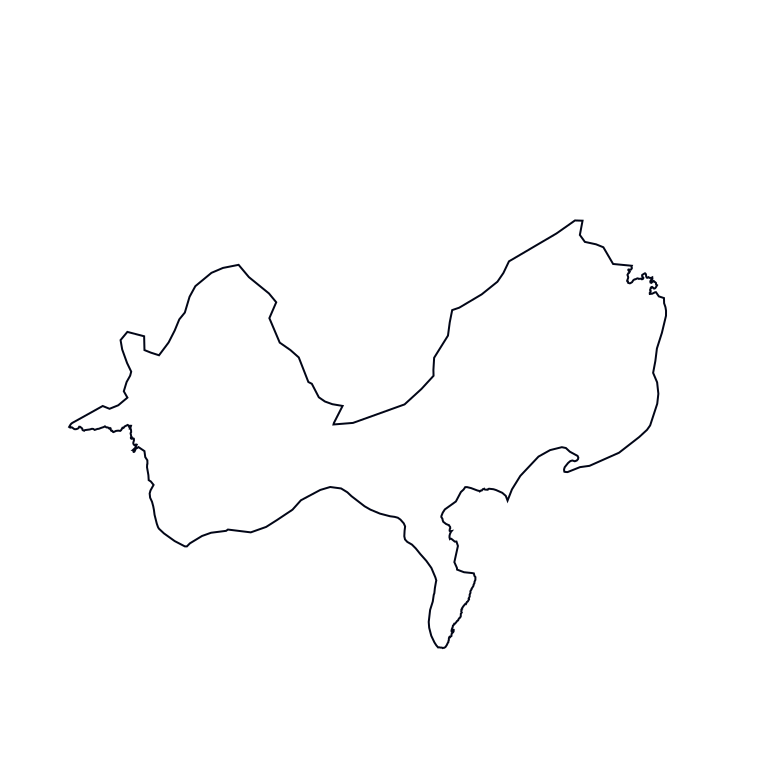 Kabare, Sud-Kivu, Democratic Republic of the Congo (Equal Earth projection), rotated 30°
{"feature_id": "63176286B3160723083670", "entity_name": "Kabare", "entity_type": "district", "adm_level": 2, "iso_a3": "COD", "parent_name": "Democratic Republic of the Congo", "parent_adm1": "Sud-Kivu", "projection": "equal_earth", "projection_center": [28.728, -2.413], "detail": "fine", "context": "isolated", "style": "outline", "palette": "ink", "viewbox_px": 768, "rotation_deg": 30, "n_neighbors": 0, "source": "geoboundaries", "source_scale": "gbopen_adm2", "svg_char_len": 6129}
<svg xmlns="http://www.w3.org/2000/svg" viewBox="0 0 768 768"><g transform="rotate(30 384 384)"><path d="M549.3,423.2L547.5,411.3L548.0,395.4L554.1,369.6L560.9,358.2L569.6,349.8L573.5,348.5L578.8,349.7L587.6,349.5L589.1,350.6L589.6,352.1L589.2,353.9L587.9,355.5L585.3,356.1L583.9,357.6L582.9,360.4L582.1,365.7L582.6,367.9L583.5,369.2L584.1,369.8L585.7,369.2L587.1,368.4L595.3,358.0L602.9,352.1L621.9,326.0L631.5,302.4L634.7,292.2L635.2,286.8L630.5,264.5L626.5,255.3L619.7,246.0L611.5,239.8L607.5,228.4L602.6,216.8L599.1,200.8L594.1,183.9L591.6,179.5L589.3,176.7L586.2,174.0L583.5,169.6L578.2,170.7L573.6,168.5L572.9,169.0L571.2,171.6L569.2,173.1L568.6,172.3L568.6,171.3L568.8,171.2L568.5,170.1L567.8,169.9L567.4,169.5L567.2,168.1L567.4,167.4L567.0,167.3L567.1,166.4L567.6,165.9L568.6,166.0L569.8,166.4L570.5,166.1L570.9,165.5L571.1,164.5L571.1,161.9L569.9,161.8L569.0,160.5L567.7,160.2L566.9,160.4L566.5,160.0L566.0,159.9L565.3,160.9L565.2,162.1L565.0,162.7L564.1,162.9L563.5,162.3L563.3,161.8L563.4,161.7L563.2,160.6L563.8,159.4L563.8,158.6L563.0,157.5L562.4,158.4L561.3,159.2L559.5,159.3L559.3,160.1L558.7,160.5L558.2,160.4L557.2,159.7L556.3,158.4L555.6,157.8L554.7,157.6L554.5,157.8L553.2,160.2L553.1,160.7L554.1,162.1L555.1,162.1L555.6,162.4L555.7,163.2L555.5,163.9L554.8,164.4L554.4,164.2L553.5,164.6L552.0,165.6L551.0,165.6L550.4,166.1L549.3,167.7L548.6,168.2L548.0,169.6L547.9,171.8L547.0,173.4L546.6,173.9L545.1,174.3L544.8,174.3L544.3,173.6L543.6,173.5L543.6,173.0L543.4,172.9L543.2,173.1L542.9,172.9L542.5,170.5L542.2,169.6L541.7,169.0L540.3,167.8L540.2,165.9L540.6,165.4L540.7,164.7L540.6,163.7L539.5,163.7L538.5,163.1L538.5,162.6L540.0,161.9L540.8,161.2L540.7,159.6L540.1,159.2L539.6,158.5L539.5,157.7L522.4,165.5L505.6,155.9L497.8,157.0L486.9,160.5L479.1,157.0L474.3,143.3L467.6,146.9L458.1,167.4L430.9,215.3L431.9,228.2L431.1,238.7L423.8,257.5L411.0,280.3L406.1,285.9L410.1,297.7L415.2,310.1L414.3,336.2L419.8,347.2L422.8,352.1L418.9,369.6L412.0,391.4L376.6,433.2L360.5,444.3L360.1,442.8L359.1,423.7L349.4,427.3L341.6,428.7L334.2,428.1L321.4,419.9L317.5,420.1L296.9,403.6L286.0,401.4L273.0,400.3L251.8,384.3L249.8,367.1L239.1,363.1L213.6,359.0L198.5,353.5L186.5,364.0L179.0,374.0L171.7,393.6L172.0,405.7L175.8,421.7L174.4,430.4L176.0,442.3L176.7,455.7L174.8,471.6L166.5,473.4L159.6,474.4L152.4,462.6L135.7,467.2L133.9,477.7L140.0,485.0L151.0,494.3L158.9,499.7L160.0,503.7L160.1,511.0L162.3,520.4L168.6,524.1L164.5,535.3L158.7,542.7L151.4,543.7L133.6,573.4L133.0,574.7L132.8,576.3L132.8,578.3L133.4,578.1L133.5,578.7L134.2,578.6L135.4,577.6L138.4,577.9L139.8,577.2L141.0,575.9L141.5,574.9L141.4,573.4L142.2,573.0L144.7,573.4L145.4,573.9L145.7,574.4L146.3,574.6L147.7,574.4L147.9,573.7L148.4,573.2L151.9,570.5L153.5,568.8L154.7,568.3L156.4,568.4L158.4,566.1L159.4,565.4L161.0,563.4L162.9,561.3L163.5,560.2L165.3,560.4L166.5,559.7L168.4,560.0L168.7,559.1L169.4,559.1L170.6,560.6L171.4,560.9L172.1,560.4L173.2,561.0L173.8,560.9L175.4,558.6L177.1,557.3L179.0,556.5L179.4,555.5L179.4,552.6L180.0,552.2L180.2,552.4L180.4,552.1L180.6,550.5L182.5,547.6L183.5,547.7L184.5,548.4L185.0,547.1L185.8,546.7L186.2,548.4L186.0,549.0L186.2,549.8L187.0,549.5L187.9,550.3L189.1,552.1L189.1,553.2L189.4,553.7L190.5,554.8L191.3,555.9L192.0,556.1L191.6,557.0L192.0,557.6L192.7,557.7L194.4,556.4L194.9,556.6L195.7,558.0L196.2,560.1L196.6,560.8L197.6,561.6L198.7,561.7L199.4,560.5L199.7,560.7L200.2,560.4L200.5,563.7L199.6,566.6L200.7,566.0L201.0,566.3L200.7,567.7L200.9,567.9L201.1,568.0L201.6,567.6L201.7,567.2L201.4,563.9L202.2,562.9L202.9,561.4L210.1,561.9L213.8,566.7L217.2,568.4L219.1,571.5L219.0,571.9L220.4,574.6L225.5,580.7L228.3,584.9L230.8,585.0L234.9,586.6L235.0,592.9L235.8,596.0L238.3,599.4L242.0,602.0L245.3,605.3L247.8,608.2L250.7,612.0L257.0,618.5L259.8,620.9L261.3,621.8L268.1,623.4L281.3,624.7L292.8,624.2L294.5,623.2L295.6,619.0L302.4,606.6L308.6,599.3L320.7,590.1L321.6,588.1L342.8,579.1L353.4,566.7L359.4,555.2L367.6,538.6L370.2,526.2L381.8,507.6L388.9,500.1L399.1,495.9L406.4,496.1L411.9,497.4L428.3,499.6L435.0,499.6L445.2,498.3L455.4,495.5L459.5,493.8L462.8,492.9L466.0,493.2L470.8,494.8L473.5,496.8L475.2,500.8L477.7,505.7L479.9,508.1L483.1,509.1L488.5,509.1L493.7,510.5L500.4,513.1L509.1,516.0L517.0,519.6L525.2,525.8L527.6,528.1L527.8,529.0L530.1,535.3L532.2,540.0L532.5,541.7L535.0,548.0L536.9,556.6L541.7,567.7L545.0,572.5L550.8,578.4L556.9,582.6L560.0,584.2L562.6,585.1L563.3,584.5L564.8,584.0L565.8,583.4L566.2,583.3L566.8,583.4L567.5,582.7L567.9,582.5L568.7,581.2L568.9,578.9L568.7,576.5L568.8,575.3L568.3,574.5L568.3,573.6L567.3,571.7L567.1,570.6L567.3,570.3L567.2,569.2L567.4,569.5L567.5,570.1L567.9,570.1L567.9,569.4L568.4,568.6L567.5,566.6L567.6,565.6L568.0,564.4L567.9,563.2L566.8,561.3L567.2,562.8L567.1,564.4L566.4,564.6L566.0,564.2L565.8,563.9L565.9,563.0L565.4,562.7L565.2,561.6L565.0,560.0L564.5,558.8L564.9,557.5L564.9,557.0L564.7,556.8L564.7,556.5L565.2,556.3L565.7,554.2L565.7,553.0L566.4,551.6L566.2,551.1L566.2,549.9L566.4,548.5L566.7,548.3L566.7,547.0L565.4,544.5L565.6,543.0L564.7,542.4L564.4,542.0L564.4,541.3L563.8,540.7L563.8,539.9L564.1,539.6L563.7,538.9L563.9,536.3L564.4,533.7L565.0,533.6L564.8,531.3L565.3,530.4L565.2,528.6L565.4,528.1L565.0,527.5L564.5,527.3L564.5,525.3L563.5,523.6L563.3,521.6L562.4,520.2L562.5,518.0L562.2,517.6L562.4,514.5L562.3,513.8L561.9,513.0L561.9,511.3L561.3,510.1L561.1,508.7L561.1,508.0L559.7,505.5L558.3,505.0L556.5,503.1L554.8,503.7L547.4,507.0L540.1,508.2L539.1,506.8L534.0,503.1L529.0,487.3L525.5,484.2L524.1,485.1L519.7,484.4L518.9,484.7L518.6,485.3L517.4,484.1L516.6,482.6L516.1,480.8L515.9,478.7L516.1,477.5L514.9,478.5L514.2,478.3L513.5,476.8L513.5,475.8L513.3,475.5L512.7,474.7L511.6,474.3L511.1,473.8L507.7,474.2L504.2,473.7L502.7,472.4L502.0,471.5L500.1,470.5L499.7,469.5L499.2,466.0L499.4,462.2L505.0,449.8L504.6,439.1L505.7,435.6L505.9,432.7L507.4,431.8L511.5,430.6L518.3,429.5L519.8,429.0L520.6,429.2L521.2,427.8L521.9,427.4L522.2,425.7L522.9,425.1L523.1,424.7L523.6,425.0L524.3,424.9L526.7,423.7L526.7,423.0L527.3,422.2L531.4,420.4L534.1,419.8L540.8,419.1L545.4,420.0L549.3,423.2Z" fill="none" stroke="#020617" stroke-width="2"/></g></svg>